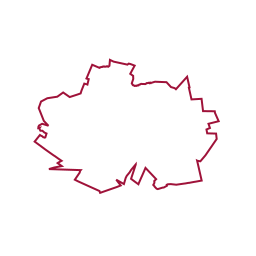 outline of San Francisco de Borja, Chihuahua, Mexico, rotated 117°
{"feature_id": "50627088B27910200343909", "entity_name": "San Francisco de Borja", "entity_type": "district", "adm_level": 2, "iso_a3": "MEX", "parent_name": "Mexico", "parent_adm1": "Chihuahua", "projection": "equal_earth", "projection_center": [-106.771, 27.891], "detail": "fine", "context": "isolated", "style": "outline", "palette": "rose", "viewbox_px": 256, "rotation_deg": 117, "n_neighbors": 0, "source": "geoboundaries", "source_scale": "gbopen_adm2", "svg_char_len": 3230}
<svg xmlns="http://www.w3.org/2000/svg" viewBox="0 0 256 256"><g transform="rotate(117 128 128)"><path d="M138.1,213.4L143.9,217.5L150.8,216.6L151.8,215.4L159.9,206.2L162.1,199.9L163.2,206.4L166.2,208.4L167.5,208.4L168.8,207.9L167.8,206.7L168.8,206.8L170.2,204.8L169.3,203.0L169.6,201.9L170.0,200.4L169.9,198.1L173.9,197.4L174.4,197.8L174.6,199.0L174.7,199.4L174.3,200.6L174.4,201.8L174.2,203.3L182.5,205.0L184.7,191.8L185.4,187.0L185.6,185.7L186.2,181.5L186.2,180.9L186.7,177.5L186.8,176.9L187.4,172.3L190.6,174.5L191.2,174.8L192.0,169.7L196.7,175.8L200.5,179.8L189.8,157.0L187.0,151.0L187.9,151.2L188.5,151.1L189.7,150.8L198.2,151.9L198.2,148.9L198.2,148.1L197.6,135.1L197.1,124.8L198.4,123.4L185.8,111.3L182.5,108.4L179.4,115.0L179.8,106.2L173.5,107.4L171.2,107.4L166.7,106.4L164.0,106.2L156.9,104.6L157.1,104.5L157.9,104.4L163.4,103.5L170.0,102.5L171.9,102.2L172.8,97.0L173.4,93.2L172.6,93.3L165.8,93.7L165.2,93.7L158.5,94.1L155.6,94.3L160.8,79.7L163.2,80.5L163.4,80.3L163.5,80.3L163.7,80.2L163.9,80.2L164.1,80.0L164.3,79.9L164.7,79.7L164.9,79.7L165.3,79.6L165.5,79.5L166.0,79.5L166.8,79.7L167.0,79.7L167.3,79.6L167.9,77.9L168.2,77.6L169.1,75.0L169.0,74.2L168.9,73.7L165.4,70.1L164.8,69.1L162.7,67.7L162.1,67.2L161.8,67.1L161.0,67.7L160.4,67.2L160.1,67.0L158.6,64.5L156.6,59.2L156.3,58.8L151.8,52.4L151.5,51.9L149.5,49.3L149.1,48.6L148.0,47.2L145.7,44.2L145.3,43.6L141.4,38.5L125.7,51.6L125.7,51.4L125.7,51.2L124.8,48.4L117.2,46.6L97.5,44.0L93.0,47.0L96.8,55.0L93.7,57.4L90.8,55.0L90.6,55.2L87.7,58.2L80.8,50.3L75.1,57.3L73.7,58.3L78.9,68.8L68.6,75.7L73.7,84.4L64.4,92.1L63.9,91.6L55.5,98.6L71.7,102.9L71.3,104.5L72.0,108.3L69.7,114.5L73.9,123.6L74.2,124.3L74.5,124.9L75.1,125.6L76.4,126.9L77.2,127.8L77.4,128.2L77.6,128.2L77.6,128.3L77.4,128.7L77.5,128.9L78.2,128.9L78.4,129.1L78.4,129.4L78.3,129.6L78.3,130.1L78.9,130.7L79.2,131.0L79.3,131.4L79.4,131.6L79.6,131.8L79.8,131.9L80.0,132.0L80.4,132.1L80.7,132.2L81.0,132.5L81.2,132.8L81.3,133.2L81.5,133.6L82.0,134.6L82.3,135.2L82.4,135.6L82.6,136.1L82.8,136.3L82.9,136.5L83.1,136.6L83.4,136.9L83.5,137.0L83.9,137.1L84.0,137.3L84.1,137.5L84.4,137.8L84.7,137.9L85.0,138.0L85.3,138.0L85.5,138.5L85.6,138.9L85.7,139.0L85.8,139.1L86.1,139.1L86.3,139.5L86.6,139.6L86.8,139.8L86.9,140.1L86.9,140.4L87.0,140.6L87.1,140.8L87.3,140.9L87.4,141.1L87.5,141.2L87.6,141.4L87.5,141.7L87.4,142.0L87.4,142.3L87.4,142.6L87.5,142.8L87.6,143.0L87.4,143.4L87.2,143.6L87.2,143.9L86.9,144.2L86.5,144.9L81.9,145.6L79.2,147.1L78.7,150.6L69.4,150.4L69.9,154.9L70.3,156.6L71.8,157.3L75.2,170.2L75.4,171.0L75.5,175.0L81.0,172.8L82.4,173.4L82.5,173.7L82.5,174.0L82.4,174.4L82.4,174.6L82.5,174.8L82.9,175.1L83.0,175.2L83.2,175.3L83.3,175.5L83.5,175.7L83.5,175.8L83.6,176.1L83.7,176.3L83.8,176.4L83.8,176.5L83.9,176.9L84.0,176.9L84.2,177.1L84.3,177.2L84.3,177.4L84.4,177.7L84.4,178.0L84.6,178.2L84.7,178.3L84.9,178.5L85.2,178.8L85.4,178.8L85.5,179.0L86.0,179.7L86.3,180.1L86.6,180.5L86.8,180.6L87.0,180.6L87.3,180.6L87.4,180.9L87.4,181.1L87.4,181.3L87.8,187.3L87.9,188.6L90.5,188.4L102.3,187.5L102.8,187.5L102.8,187.3L102.3,185.2L107.7,183.9L107.7,184.1L108.3,187.1L115.9,186.4L118.7,185.9L121.4,188.5L126.9,194.0L125.8,201.9L132.2,205.2L138.1,213.4Z" fill="none" stroke="#9f1239" stroke-width="2"/></g></svg>